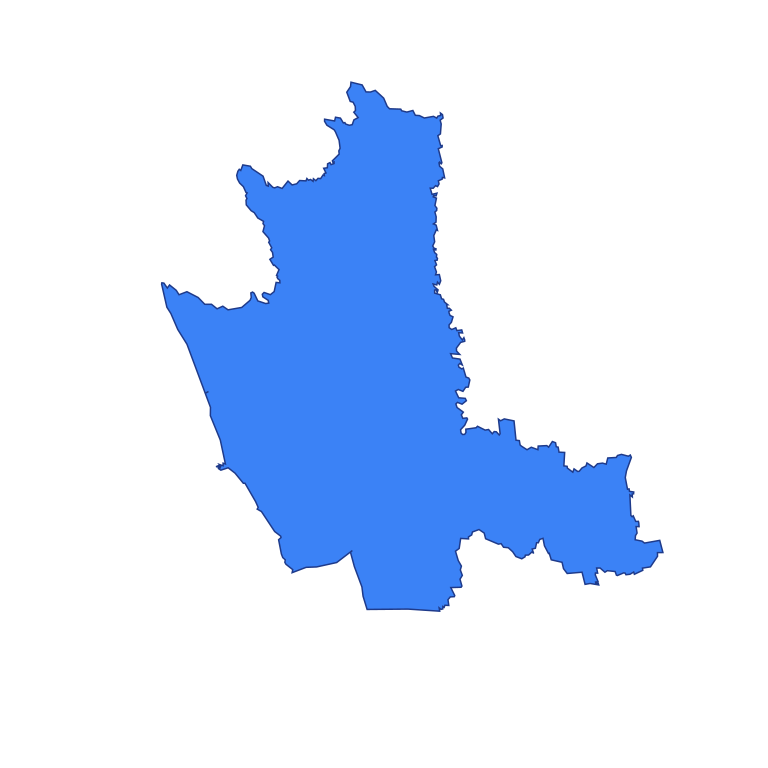 outline of Sukoharjo, Jawa Tengah, Indonesia, rotated 153°
{"feature_id": "22746128B41417259813102", "entity_name": "Sukoharjo", "entity_type": "district", "adm_level": 2, "iso_a3": "IDN", "parent_name": "Indonesia", "parent_adm1": "Jawa Tengah", "projection": "equal_earth", "projection_center": [110.813, -7.683], "detail": "fine", "context": "isolated", "style": "filled", "palette": "blue", "viewbox_px": 768, "rotation_deg": 153, "n_neighbors": 0, "source": "geoboundaries", "source_scale": "gbopen_adm2", "svg_char_len": 6172}
<svg xmlns="http://www.w3.org/2000/svg" viewBox="0 0 768 768"><g transform="rotate(153 384 384)"><path d="M196.8,208.9L199.0,208.7L204.4,213.5L208.4,214.3L210.4,213.1L218.2,216.5L222.4,211.7L225.2,214.3L230.0,216.0L234.9,214.3L239.0,221.5L241.2,219.3L245.8,219.3L249.7,217.6L251.1,218.1L253.2,222.1L255.8,219.7L258.8,225.8L258.2,227.5L260.9,229.4L254.1,241.0L259.0,243.8L257.5,248.7L259.0,249.9L257.8,253.8L260.1,256.3L266.0,253.0L266.9,255.2L274.8,258.7L276.7,255.6L281.5,260.8L286.4,260.5L289.8,266.3L290.4,267.9L289.1,272.1L291.9,274.0L284.9,292.1L292.7,298.3L296.8,298.3L298.0,300.7L303.1,287.0L304.5,286.3L305.6,290.4L307.4,291.6L310.1,290.5L311.5,296.0L314.8,297.0L319.9,303.9L321.8,303.2L331.6,306.6L333.0,303.6L335.0,302.5L336.9,303.3L337.6,305.4L336.5,308.5L330.8,310.6L325.5,314.8L325.6,316.2L329.4,317.6L329.1,321.4L326.1,322.9L329.6,329.9L329.0,333.6L326.9,334.3L323.6,330.6L318.2,331.7L318.1,334.3L323.7,337.8L323.5,345.3L320.3,345.4L317.0,341.6L312.7,344.0L310.3,343.0L305.7,348.6L305.8,350.8L307.8,353.0L306.1,362.2L307.8,362.1L309.6,365.0L309.2,367.1L307.2,367.9L305.6,365.4L305.0,371.7L311.2,376.1L310.9,380.8L303.1,376.0L304.4,380.4L303.2,383.1L296.8,386.3L292.7,385.4L292.1,386.6L291.8,389.0L294.2,387.7L295.1,392.4L294.2,395.8L290.8,393.8L290.2,396.9L294.8,398.5L294.5,401.5L298.9,401.8L300.4,404.6L299.2,407.1L295.9,408.4L292.0,412.5L294.0,415.1L293.8,417.6L293.2,419.3L290.5,419.2L291.4,421.8L293.2,422.7L292.2,426.2L291.2,425.7L292.9,429.6L292.5,432.4L294.0,433.8L293.3,437.9L297.6,442.0L296.3,444.7L294.8,444.4L295.0,441.4L293.1,443.3L295.1,448.3L294.8,450.8L292.0,448.3L290.1,450.5L289.4,447.7L286.6,450.2L285.0,456.4L288.5,457.9L286.4,460.0L285.7,465.6L283.1,466.3L282.6,470.9L280.4,470.2L279.3,471.7L279.7,473.2L278.2,475.5L279.2,478.1L278.8,481.4L277.0,479.9L276.3,480.8L277.7,482.2L278.0,484.8L274.3,487.7L272.3,493.6L267.4,497.6L266.6,496.6L265.4,501.9L267.3,504.2L264.2,504.6L261.6,509.3L260.6,514.1L258.3,514.7L257.1,516.6L257.6,519.9L252.9,525.8L255.2,528.4L254.3,529.4L252.1,528.0L250.2,530.0L255.1,531.2L253.9,537.5L251.3,536.1L248.0,537.3L246.7,535.6L244.1,537.3L243.3,540.4L239.2,540.1L238.2,541.5L236.4,540.1L234.0,549.0L235.6,552.7L234.6,556.1L233.8,556.5L233.1,554.2L232.0,554.8L228.8,569.0L224.6,568.8L223.9,570.1L225.3,570.6L223.3,580.8L220.2,581.2L215.0,589.7L214.2,593.6L210.6,594.2L209.6,597.5L210.7,599.8L211.6,597.5L214.3,598.2L216.3,597.0L218.4,600.0L227.3,602.7L230.6,607.1L234.1,609.2L234.1,614.6L240.2,615.9L244.2,619.4L244.3,621.3L254.1,626.7L255.1,629.9L254.5,638.8L258.5,649.6L263.5,650.3L267.4,652.4L267.7,660.4L276.4,667.9L278.8,664.2L284.7,660.9L285.8,651.1L283.6,649.1L283.6,644.4L285.3,640.6L287.5,639.9L286.1,633.1L290.9,633.0L294.6,629.5L297.5,630.3L300.1,633.0L300.2,634.7L301.7,635.1L302.1,640.7L306.1,643.7L308.6,640.8L316.7,646.9L317.7,645.1L317.4,640.5L313.0,633.1L312.8,630.7L313.4,621.5L316.1,614.0L318.4,612.2L319.6,609.2L328.7,606.3L328.9,604.6L327.7,604.5L328.4,603.1L331.6,603.5L331.6,605.8L334.3,605.8L336.3,602.4L339.8,603.6L339.9,598.4L341.8,598.7L342.5,596.8L343.4,597.9L347.2,595.8L349.4,597.2L352.4,596.1L353.7,598.9L355.2,596.8L356.6,599.6L358.8,599.9L359.4,602.1L361.3,600.4L366.8,603.6L370.9,602.0L375.5,603.1L377.4,608.4L386.0,604.5L389.3,608.1L392.4,608.4L393.8,609.7L395.8,616.1L397.3,612.9L398.7,614.4L397.4,624.1L404.0,635.9L404.2,638.7L410.3,643.3L414.7,639.3L415.5,641.0L417.6,639.9L420.5,636.8L421.5,633.2L421.4,628.6L419.7,623.7L420.0,617.4L419.2,616.4L421.9,614.6L421.9,611.5L423.5,610.4L425.4,606.1L423.7,598.7L421.8,595.6L421.1,589.2L417.5,583.6L419.0,581.8L418.6,579.3L422.7,574.7L420.6,566.5L421.0,563.4L422.4,562.6L422.2,556.3L424.1,555.2L423.6,551.9L425.1,547.4L429.1,546.9L428.6,539.9L427.7,539.8L425.6,533.6L430.5,529.5L429.8,528.4L430.8,527.7L430.8,526.0L429.8,523.7L430.8,521.4L434.0,523.5L439.9,516.2L444.7,515.2L449.3,520.0L451.7,519.2L452.4,516.7L449.2,511.1L450.0,508.4L452.9,509.4L458.7,515.3L458.5,523.9L459.4,525.6L461.3,525.6L463.0,521.4L465.3,519.4L476.0,516.8L489.3,520.9L492.3,526.5L498.6,526.8L501.5,533.3L507.5,536.4L510.3,545.4L517.7,555.7L526.1,556.6L526.6,561.8L530.1,569.6L533.5,567.9L534.3,573.8L536.0,575.0L536.8,574.0L542.6,551.0L541.9,543.6L543.0,526.2L541.5,508.9L549.2,442.0L553.1,434.6L555.3,408.4L561.6,384.8L563.3,386.5L564.5,384.2L567.3,387.1L566.9,384.7L568.2,383.7L568.2,386.4L571.2,386.6L569.3,385.5L569.9,383.8L568.5,381.3L560.9,380.1L557.2,372.2L554.4,359.4L552.9,358.7L551.8,337.5L552.1,331.2L553.8,330.1L551.1,326.0L548.4,302.2L545.1,295.3L545.5,293.9L548.6,293.1L552.6,279.2L553.0,275.3L551.8,272.2L553.3,270.1L553.2,267.9L549.6,260.0L551.5,257.6L536.6,256.0L527.1,251.6L507.2,246.4L487.8,250.0L490.2,249.4L490.6,247.6L493.3,234.8L495.8,213.2L499.0,204.4L501.4,190.8L464.9,172.6L437.5,156.3L436.5,159.5L435.5,157.3L433.7,156.9L432.6,159.0L431.8,157.7L430.2,159.2L426.8,157.3L424.9,162.8L421.6,164.2L417.9,162.6L417.0,163.4L416.9,172.3L407.6,167.9L406.3,168.6L404.9,175.6L401.1,177.9L400.4,183.7L397.7,186.6L398.0,193.0L396.2,202.6L391.7,203.3L385.8,211.6L379.0,207.6L378.2,209.4L374.4,209.7L372.4,212.0L365.4,211.2L362.4,205.7L363.7,200.0L354.8,189.4L352.1,188.6L351.6,184.3L347.6,181.7L345.5,176.1L344.8,170.4L340.6,165.7L336.8,166.0L335.8,167.3L332.8,166.0L328.3,167.2L327.6,165.1L326.9,169.7L323.7,168.9L320.1,173.3L318.6,172.5L315.8,174.8L312.4,174.3L314.5,167.0L314.4,158.3L313.6,158.2L314.8,151.4L306.3,144.3L307.9,138.0L306.8,132.0L293.0,126.4L295.8,114.2L290.9,112.7L283.9,107.5L283.6,109.2L285.8,110.3L285.4,111.5L283.0,110.7L282.4,118.0L281.4,119.6L279.5,118.5L278.1,123.5L275.0,121.9L272.6,116.0L269.8,116.3L263.2,112.0L263.7,108.2L263.0,107.4L256.2,106.9L255.0,106.0L255.0,104.2L251.2,102.8L246.9,103.1L247.3,100.8L238.0,100.5L237.3,102.6L229.6,100.1L218.5,106.3L216.9,109.6L212.0,107.2L209.3,119.5L224.1,124.0L225.4,126.8L230.9,131.2L228.8,134.7L226.2,136.3L224.1,142.5L221.5,141.1L220.1,144.4L219.7,146.1L222.1,147.3L221.8,153.4L223.2,153.1L223.7,154.8L215.3,173.5L214.0,170.6L212.8,173.3L211.5,172.8L210.5,174.4L214.0,176.9L213.3,179.3L214.8,179.7L211.5,191.1L207.4,196.5L196.9,206.3L196.8,208.9ZM547.3,456.9L544.1,457.0L543.8,457.0L545.5,456.9L547.3,456.9Z" fill="#3b82f6" stroke="#1e3a8a" stroke-width="1.5"/></g></svg>